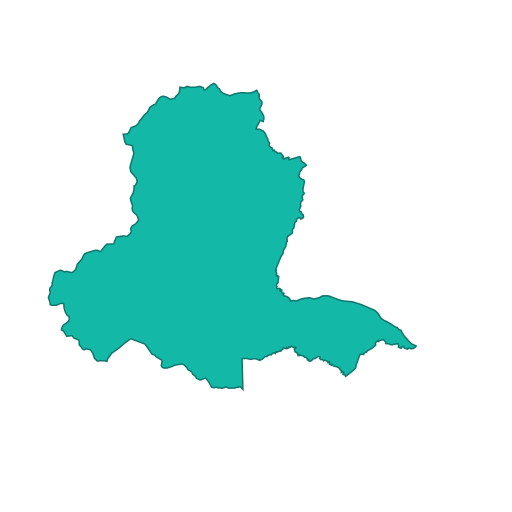 the district of Pablo Sexto, Morona Santiago, Ecuador, rotated 21°
{"feature_id": "8360857B79368212574342", "entity_name": "Pablo Sexto", "entity_type": "district", "adm_level": 2, "iso_a3": "ECU", "parent_name": "Ecuador", "parent_adm1": "Morona Santiago", "projection": "natural_earth1", "projection_center": [-78.197, -1.841], "detail": "fine", "context": "isolated", "style": "filled", "palette": "teal", "viewbox_px": 512, "rotation_deg": 21, "n_neighbors": 0, "source": "geoboundaries", "source_scale": "gbopen_adm2", "svg_char_len": 6115}
<svg xmlns="http://www.w3.org/2000/svg" viewBox="0 0 512 512"><g transform="rotate(21 256 256)"><path d="M102.1,199.7L105.2,203.9L106.3,216.7L106.8,218.9L108.9,222.2L116.1,226.0L118.5,229.2L118.1,233.1L116.9,234.5L117.6,235.5L118.2,237.5L118.7,241.2L118.1,247.2L118.9,248.7L122.7,253.3L123.5,256.5L125.4,258.8L130.3,260.7L132.0,262.4L133.3,264.5L133.4,265.4L132.1,269.1L129.5,272.7L129.2,275.5L130.7,277.7L130.9,279.6L128.6,283.9L124.7,284.9L118.7,288.4L119.0,290.6L118.7,291.7L118.8,295.8L112.6,298.3L111.3,300.9L109.5,307.2L108.5,307.8L106.4,307.4L103.7,308.4L97.1,313.5L95.3,315.3L94.8,316.8L94.5,321.5L92.1,327.6L92.5,333.4L90.6,337.0L89.5,337.6L84.5,338.3L83.0,339.4L78.5,339.3L74.2,343.6L74.6,348.9L75.4,352.8L75.1,353.9L75.8,354.9L76.0,356.4L76.0,357.8L75.2,359.6L75.3,361.2L77.1,364.1L77.0,369.1L80.2,373.0L81.3,375.2L83.2,375.2L87.0,373.7L90.6,370.3L93.1,369.3L93.9,369.9L95.5,373.4L98.3,376.9L101.2,379.2L102.8,379.3L103.4,379.9L104.3,381.8L104.5,384.2L100.9,389.5L100.5,392.0L100.7,394.7L103.4,395.2L108.1,398.8L112.6,396.3L115.6,397.9L120.4,397.9L121.5,399.0L122.8,402.2L128.2,405.2L129.6,405.0L130.6,403.5L135.1,402.9L138.7,405.5L141.8,409.4L145.5,411.0L148.0,409.6L152.9,407.9L154.6,407.9L154.3,404.5L155.6,401.2L155.9,398.8L161.2,390.8L164.9,383.9L168.7,378.1L184.0,378.0L194.1,384.9L197.3,384.9L198.3,385.7L205.5,387.0L206.3,388.9L206.8,392.2L208.0,393.4L208.9,393.6L210.4,393.5L213.1,392.5L217.6,388.9L219.4,386.9L225.8,383.3L227.8,383.4L231.4,385.0L233.7,386.7L235.9,386.8L237.8,387.6L239.4,389.1L242.1,389.8L244.5,391.5L248.2,391.8L249.6,390.9L252.4,387.9L252.9,388.1L256.7,390.3L261.7,394.5L264.1,394.0L266.0,392.6L267.9,392.8L269.5,392.0L271.5,391.8L274.6,389.3L276.2,388.8L277.6,389.3L283.7,386.8L284.9,385.6L285.6,385.6L286.0,384.9L286.7,384.9L287.9,383.6L291.6,385.3L279.8,356.9L283.3,355.2L288.5,354.3L290.4,352.8L292.9,352.0L297.1,352.1L297.1,351.4L297.9,351.0L298.9,349.9L300.4,346.7L302.1,346.1L302.8,344.5L303.4,344.4L304.3,343.0L305.6,342.9L306.6,340.4L307.8,339.8L308.8,340.2L308.7,338.8L309.7,338.6L309.9,337.7L310.9,337.7L311.8,336.5L312.6,336.4L312.9,335.6L313.4,335.6L313.5,334.7L314.4,333.7L314.0,332.8L314.5,331.7L316.6,331.9L317.4,331.6L317.5,330.6L318.2,331.3L319.1,330.4L319.1,329.5L319.7,329.7L319.9,328.8L320.5,328.9L321.3,328.2L321.2,327.4L323.7,327.9L325.8,327.0L326.1,327.5L325.1,329.0L326.8,331.4L329.0,331.7L331.0,333.8L331.3,332.8L332.3,333.3L332.7,332.4L333.5,332.7L335.9,332.4L337.9,333.2L338.6,332.7L340.4,333.1L341.0,334.3L342.1,333.8L342.2,334.9L344.4,334.9L345.8,332.8L345.9,331.8L348.4,330.1L349.1,328.5L350.1,327.5L351.6,327.2L352.0,327.4L352.1,328.9L353.7,329.5L355.2,328.8L356.8,329.7L357.3,328.8L360.2,328.5L361.4,329.7L361.8,328.7L362.2,328.5L362.8,328.8L363.3,330.7L364.6,330.3L365.4,331.1L366.2,330.1L367.8,330.9L370.8,330.5L374.3,330.9L375.3,332.1L376.8,332.4L377.4,334.2L378.5,333.0L379.4,333.0L379.8,333.4L379.4,334.6L379.7,335.3L382.1,335.3L382.8,336.3L387.8,328.0L389.1,325.0L388.6,321.7L388.3,310.8L389.2,310.5L389.6,309.7L391.8,309.4L391.7,308.1L392.7,306.7L393.7,306.1L393.9,304.8L397.4,300.5L399.7,296.3L398.7,294.8L398.9,293.3L399.9,292.0L401.0,291.9L400.7,291.0L401.5,291.1L403.0,289.5L403.9,289.3L404.5,288.3L407.6,289.6L408.5,291.3L411.9,290.3L413.1,290.6L415.2,290.1L416.3,288.8L417.5,288.8L418.1,287.5L418.7,287.7L420.0,287.1L421.4,288.7L421.5,290.0L424.3,290.2L424.8,289.8L424.8,288.7L425.8,287.8L427.9,288.8L431.0,288.7L431.3,287.5L432.2,286.7L433.7,287.1L434.4,286.9L436.1,285.9L437.5,283.8L437.8,282.6L432.1,282.2L423.3,277.7L419.5,275.0L418.1,273.4L415.5,273.5L413.6,272.1L411.3,272.4L408.6,271.6L401.3,270.3L399.3,270.4L395.3,269.5L390.6,265.9L386.6,264.2L371.9,263.6L362.4,264.2L353.0,266.8L349.0,267.2L338.7,267.2L337.1,267.5L332.5,269.3L330.2,272.0L325.6,275.4L320.4,275.9L314.7,279.1L312.2,281.1L310.1,283.4L306.6,284.2L304.4,285.8L303.0,284.0L300.4,282.9L298.0,282.8L296.0,283.2L295.6,282.7L295.5,280.8L295.2,280.6L294.2,281.5L293.6,281.5L292.2,278.6L291.3,280.0L290.6,279.5L290.6,278.0L290.0,277.8L288.6,278.2L287.7,279.0L286.9,278.7L286.5,277.0L285.7,276.2L285.3,275.1L286.2,273.0L285.5,271.4L284.7,267.2L283.0,266.5L282.2,267.2L281.1,264.1L280.0,263.1L280.1,261.9L279.2,261.9L279.5,247.6L280.3,244.3L279.6,240.9L280.4,236.5L279.6,232.6L279.9,231.0L278.5,228.0L278.8,225.5L279.8,224.7L281.8,221.4L280.8,219.1L280.7,217.4L281.3,216.4L280.4,211.4L280.6,209.6L281.4,209.2L280.8,207.6L281.2,206.0L283.0,204.5L284.6,205.5L285.5,204.8L285.6,203.7L286.4,203.5L286.6,202.9L285.3,200.6L283.6,200.2L282.4,198.6L281.0,198.8L279.8,197.3L280.0,193.2L279.1,192.0L278.4,189.3L279.5,187.5L279.5,186.5L278.4,185.4L277.6,183.2L278.7,180.2L276.9,179.2L275.8,176.4L274.5,168.9L273.5,168.0L269.5,167.6L267.1,166.1L267.3,164.2L266.7,162.0L267.6,159.6L267.7,157.2L270.6,153.4L270.5,153.1L267.6,151.8L265.2,151.6L264.0,151.0L262.1,147.9L261.1,147.6L252.5,154.2L251.8,153.9L251.6,152.3L250.9,152.1L248.0,154.4L247.4,155.6L246.4,155.4L245.4,154.6L246.2,153.7L246.0,153.3L242.4,151.0L240.2,151.8L239.3,152.5L238.3,151.6L236.1,151.7L235.2,150.6L233.9,151.5L232.2,149.3L231.2,149.4L229.2,148.8L228.3,147.7L228.3,145.9L227.8,145.4L226.1,144.4L225.1,142.5L222.6,140.5L221.4,138.8L218.1,136.7L217.3,136.6L216.2,137.2L215.6,136.5L214.1,136.3L210.7,137.6L210.4,135.1L211.2,130.0L211.1,127.8L214.5,128.0L214.2,124.9L212.9,122.4L209.1,119.2L207.2,118.3L206.8,117.1L207.1,112.4L206.7,110.7L205.9,109.7L203.1,108.3L202.2,106.8L201.3,104.1L199.4,103.1L197.5,101.0L196.9,101.2L195.5,103.3L192.6,105.6L190.0,106.8L183.5,108.8L177.8,112.4L174.2,115.7L167.4,116.0L163.4,114.6L162.2,113.2L159.9,112.6L157.1,110.4L154.7,110.0L153.1,111.9L150.4,116.3L149.1,119.5L147.9,119.5L146.3,117.7L142.6,117.8L139.4,119.9L134.7,121.9L130.7,122.3L129.5,123.9L127.8,125.0L124.5,125.6L125.6,129.9L125.7,132.0L124.0,135.5L123.7,137.7L119.9,140.4L115.2,139.7L111.9,140.1L109.9,141.8L108.8,144.0L107.7,150.2L106.2,151.6L103.8,154.9L103.1,160.9L101.2,164.2L99.7,169.7L98.8,171.4L98.8,173.3L98.3,175.4L97.1,177.6L93.4,180.9L92.9,186.8L92.1,188.2L88.4,189.9L92.6,196.3L94.7,198.2L99.3,197.4L101.4,197.6L102.0,198.3L102.1,199.7Z" fill="#14b8a6" stroke="#0f766e" stroke-width="1.5"/></g></svg>